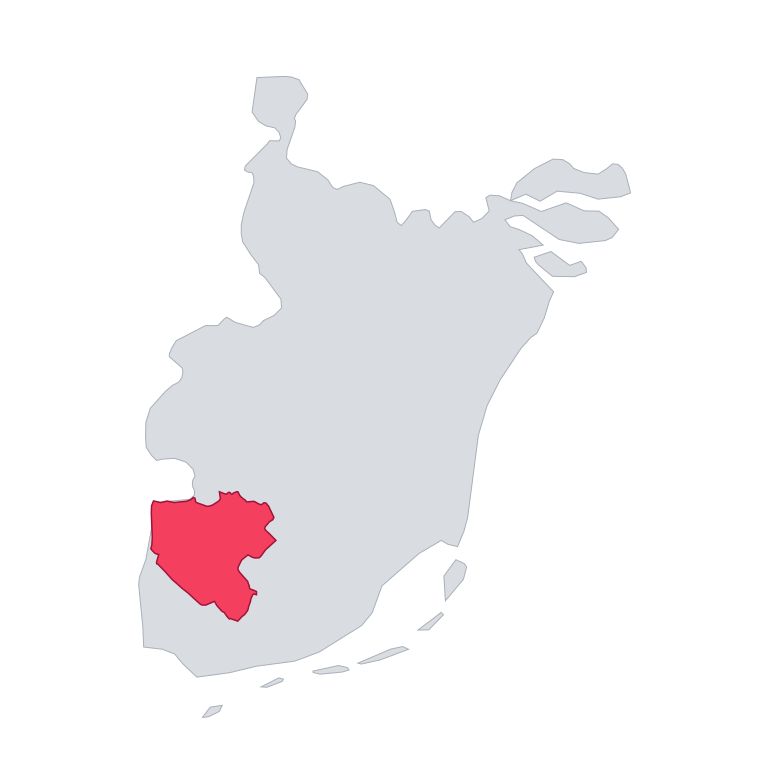 Drenthe on a map of Netherlands (Albers equal-area conic projection), rotated 175°
{"feature_id": "NLD-894", "entity_name": "Drenthe", "entity_type": "Province", "adm_level": 1, "iso_a3": "NLD", "parent_name": "Netherlands", "parent_adm1": "", "projection": "albers", "projection_center": [6.524, 52.908], "detail": "fine", "context": "in_parent", "style": "filled", "palette": "rose", "viewbox_px": 768, "rotation_deg": 175, "n_neighbors": 0, "source": "natural_earth", "source_scale": "10m", "svg_char_len": 4730}
<svg xmlns="http://www.w3.org/2000/svg" viewBox="0 0 768 768"><g transform="rotate(175 384 384)"><path d="M483.9,700.3L469.7,699.7L456.5,699.1L449.5,697.9L442.1,694.5L438.8,687.6L434.7,679.3L435.9,674.2L448.4,660.0L450.3,656.0L449.1,653.9L450.4,647.5L460.1,626.1L461.4,617.5L457.2,611.4L451.2,607.8L431.5,601.2L422.1,592.1L417.9,584.1L413.5,581.9L407.0,584.4L390.6,587.1L377.3,582.6L361.9,567.5L358.5,554.1L356.8,543.9L353.0,540.3L347.6,545.4L340.7,553.5L327.5,554.2L323.8,552.2L323.3,547.6L322.7,543.2L319.2,537.7L315.3,534.6L298.3,549.4L292.1,549.2L284.4,543.1L280.7,537.3L272.0,540.3L264.1,547.2L266.3,560.6L262.1,562.9L252.6,561.4L242.0,555.6L230.2,551.9L212.3,542.1L186.7,548.6L169.5,539.0L154.9,537.5L146.1,530.1L136.8,517.6L144.0,510.0L150.9,507.6L177.6,507.1L196.9,512.7L230.9,539.9L239.7,540.0L249.2,537.0L244.7,529.8L236.0,526.1L223.3,518.7L213.3,508.5L237.7,506.1L234.5,500.9L231.6,492.1L207.0,461.0L211.7,453.0L218.7,435.6L227.2,421.3L233.7,417.6L244.4,407.6L268.0,377.9L283.1,353.6L294.5,324.6L312.2,244.2L317.1,230.6L324.9,215.6L334.2,218.7L340.6,223.2L363.8,212.2L403.7,183.0L415.6,157.3L427.2,145.4L472.3,122.5L497.1,115.7L535.3,114.0L562.9,109.9L596.0,108.3L608.7,122.7L616.1,133.3L628.0,139.1L646.3,142.9L645.4,163.9L645.9,205.2L644.6,212.5L636.5,230.0L627.9,261.4L625.7,282.0L623.1,285.9L587.7,286.0L582.7,289.6L582.0,294.0L583.8,299.3L583.0,304.6L580.2,308.9L581.7,315.7L587.9,323.4L599.1,328.2L611.1,328.5L617.3,327.7L621.9,333.2L626.4,341.7L626.1,352.4L624.5,366.8L618.9,380.2L602.5,395.6L595.1,401.0L588.2,403.8L584.9,407.9L583.3,413.0L583.7,417.6L595.5,429.9L595.2,432.7L591.8,439.1L587.3,445.2L556.9,457.7L544.3,456.7L537.1,463.0L534.8,464.2L526.9,458.4L509.2,451.7L502.4,454.0L498.7,457.6L487.5,461.9L479.4,468.7L479.3,477.6L493.4,500.6L498.3,505.1L498.5,513.7L505.4,524.5L512.4,538.0L513.1,546.5L512.3,555.2L508.5,567.4L495.9,596.1L495.8,601.7L496.8,605.8L501.0,607.0L504.3,609.2L503.3,613.1L479.8,632.9L476.8,636.3L467.0,635.3L465.4,638.6L466.7,644.0L470.5,648.7L478.8,651.3L486.0,656.4L491.7,666.3L483.9,700.3ZM242.0,555.6L239.8,563.8L234.1,572.8L215.4,585.4L196.1,593.3L186.3,591.9L179.8,587.1L176.3,582.2L166.3,577.2L152.4,574.4L143.5,579.0L137.1,583.4L131.7,582.4L127.8,578.3L124.9,572.1L121.7,552.9L132.2,549.9L154.7,549.5L171.9,556.9L194.7,561.0L212.6,552.5L226.1,560.7L242.0,555.6ZM206.8,476.6L219.7,489.1L222.4,493.0L223.3,497.2L206.1,501.4L188.7,486.0L176.7,489.0L172.5,481.9L172.6,477.5L185.0,474.3L206.8,476.6ZM341.1,187.5L327.7,202.7L319.8,198.2L317.6,194.5L321.9,182.5L341.7,162.7L341.1,187.5ZM400.4,119.3L388.2,120.8L382.7,117.6L412.3,109.4L431.0,107.0L434.3,108.2L400.4,119.3ZM479.8,104.2L453.9,107.5L445.2,104.7L443.8,102.1L450.8,100.7L472.9,100.5L479.7,102.8L479.8,104.2ZM371.6,135.9L346.9,151.5L344.9,148.9L360.9,135.2L371.6,135.9ZM585.3,77.2L573.2,78.0L576.6,72.2L587.8,67.8L593.9,67.7L585.3,77.2ZM532.8,93.0L514.4,100.4L510.0,98.8L511.1,96.7L527.2,92.1L532.8,93.0Z" fill="#d9dde1" stroke="#a8b0b8" stroke-width="1"/><path d="M630.6,240.1L629.3,244.0L628.2,251.3L627.1,275.1L626.2,282.9L623.8,287.6L619.0,286.1L617.0,285.3L610.4,286.3L603.3,284.2L590.7,284.4L586.2,285.8L583.8,287.6L583.7,287.5L582.3,286.7L582.0,284.9L582.0,283.2L581.5,282.6L580.7,282.0L571.1,277.6L569.4,277.5L565.5,278.3L559.0,281.7L557.3,283.4L557.0,284.5L557.4,291.0L551.9,288.3L551.1,288.2L550.1,288.2L549.5,288.8L548.4,289.5L547.6,289.6L546.9,289.2L546.4,288.7L545.8,287.7L545.4,287.4L545.0,287.4L544.3,288.0L543.4,288.5L540.3,289.5L539.4,289.4L538.8,289.2L538.7,288.9L537.6,285.9L536.5,284.3L534.2,281.9L532.2,280.3L531.2,278.6L530.7,278.5L524.2,278.5L523.1,278.1L519.0,275.3L516.9,274.5L516.0,274.7L515.2,275.4L514.1,276.1L513.3,276.1L512.3,275.8L511.7,275.4L511.4,275.0L510.5,273.4L509.8,272.8L505.3,260.7L506.6,258.5L510.1,256.8L514.9,252.0L515.5,250.1L514.3,248.2L512.9,246.6L511.9,245.7L505.3,237.6L516.6,229.0L521.0,223.9L522.0,222.9L523.4,221.8L527.0,221.8L529.9,222.6L534.4,225.6L540.7,221.4L541.5,220.5L545.2,214.4L545.5,213.2L545.8,212.2L544.2,208.9L537.0,199.2L536.5,196.7L535.8,194.5L535.9,193.3L535.6,192.1L535.3,191.5L531.6,189.8L529.5,188.6L529.1,188.2L529.4,185.2L532.1,186.1L533.2,185.5L535.3,181.6L535.9,179.4L536.4,178.0L538.1,174.5L538.5,173.3L538.6,172.8L539.4,170.6L541.4,168.1L543.2,166.3L545.6,164.8L550.4,160.5L554.8,162.5L557.2,163.6L558.6,163.4L560.9,166.5L563.0,170.3L563.4,170.6L564.1,170.9L565.5,172.0L570.0,178.1L571.4,181.5L571.7,181.8L571.9,182.2L572.6,182.0L580.8,179.3L584.3,179.6L585.6,180.3L586.3,180.8L591.0,185.8L596.8,192.2L600.0,195.3L602.5,197.6L607.1,202.5L612.3,207.9L618.5,216.3L625.1,224.4L626.0,224.6L626.2,225.5L626.1,226.4L623.3,233.8L626.0,234.7L627.4,235.8L629.8,238.8L630.6,240.1L630.6,240.1Z" fill="#f43f5e" stroke="#9f1239" stroke-width="1.5"/></g></svg>